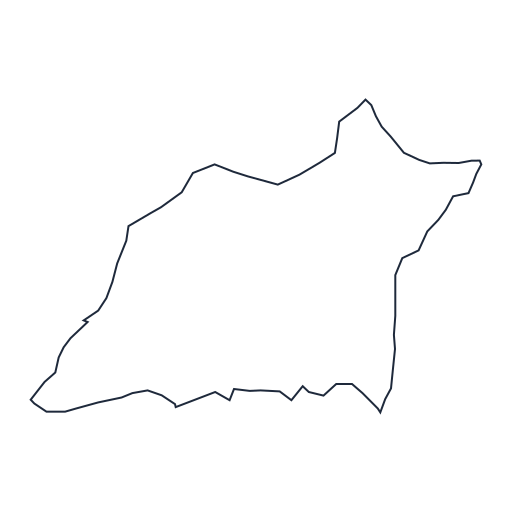 the district of Agia Varvara Pafou, Paphos, Cyprus
{"feature_id": "46923920B68464989729960", "entity_name": "Agia Varvara Pafou", "entity_type": "district", "adm_level": 2, "iso_a3": "CYP", "parent_name": "Cyprus", "parent_adm1": "Paphos", "projection": "robinson", "projection_center": [32.509, 34.758], "detail": "fine", "context": "isolated", "style": "outline", "palette": "slate", "viewbox_px": 512, "rotation_deg": 0, "n_neighbors": 0, "source": "geoboundaries", "source_scale": "gbopen_adm2", "svg_char_len": 1143}
<svg xmlns="http://www.w3.org/2000/svg" viewBox="0 0 512 512"><path d="M30.7,399.7L34.3,403.5L46.5,411.7L65.0,411.7L76.1,408.5L98.3,402.4L121.6,397.5L132.4,393.1L147.6,390.4L161.7,395.3L175.0,404.1L175.7,407.1L215.2,392.0L229.6,400.2L234.0,389.0L249.8,390.9L260.6,390.4L279.7,391.4L291.4,400.2L302.7,386.2L308.8,392.0L323.5,395.6L336.2,384.0L352.0,384.0L362.5,393.1L377.8,408.5L380.3,412.4L385.2,399.1L391.0,388.4L392.7,371.4L395.0,349.0L393.9,334.9L395.3,315.9L395.3,302.1L395.3,288.6L395.3,275.1L402.3,258.1L418.6,250.4L427.3,231.4L438.3,219.9L445.8,209.8L453.1,196.3L468.5,193.1L473.1,182.5L476.3,173.9L481.3,164.4L479.7,160.6L471.4,160.7L458.7,163.0L443.3,162.8L429.8,163.4L419.2,159.9L403.9,152.8L390.8,136.7L381.7,126.7L375.9,116.2L371.3,105.1L365.5,99.6L357.4,107.9L339.2,121.6L337.1,138.3L334.9,152.9L319.7,162.7L299.4,174.7L277.8,184.6L247.9,176.4L233.2,171.7L214.6,164.4L192.9,173.0L181.7,192.3L160.9,207.3L151.0,212.9L128.5,226.1L126.3,240.7L117.2,263.4L112.4,281.9L106.4,298.1L98.2,310.6L83.7,320.4L87.6,322.0L70.5,338.2L63.7,347.2L58.7,357.4L55.3,372.5L44.6,381.9L30.7,399.7Z" fill="none" stroke="#1e293b" stroke-width="2"/></svg>